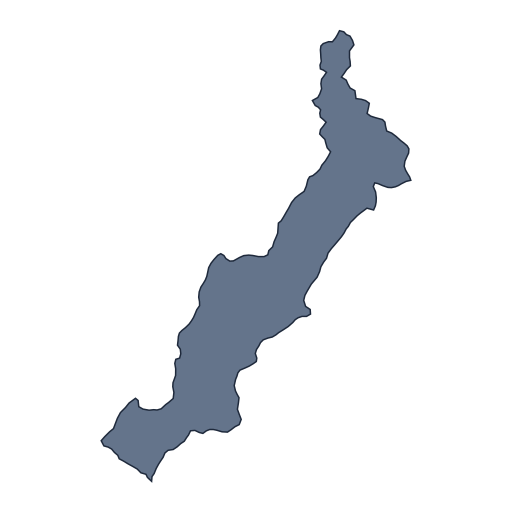 outline of Guaiçara, São Paulo, Brazil
{"feature_id": "56859067B44295895024526", "entity_name": "Guaiçara", "entity_type": "district", "adm_level": 2, "iso_a3": "BRA", "parent_name": "Brazil", "parent_adm1": "São Paulo", "projection": "mercator", "projection_center": [-49.76, -21.553], "detail": "fine", "context": "isolated", "style": "filled", "palette": "slate", "viewbox_px": 512, "rotation_deg": 0, "n_neighbors": 0, "source": "geoboundaries", "source_scale": "gbopen_adm2", "svg_char_len": 3548}
<svg xmlns="http://www.w3.org/2000/svg" viewBox="0 0 512 512"><path d="M339.5,30.7L337.4,34.8L335.5,38.0L332.4,41.8L328.6,41.7L323.2,43.6L320.9,46.0L320.4,49.9L320.7,54.0L320.9,57.8L321.3,61.4L320.0,65.1L320.4,68.9L323.5,70.2L326.5,72.3L324.2,75.7L321.6,79.2L320.9,83.7L321.6,88.8L319.8,93.9L317.8,97.5L312.4,100.5L315.2,105.5L318.3,107.2L320.6,109.8L319.8,113.2L320.4,117.1L323.0,119.3L326.1,122.2L323.4,126.0L320.5,129.6L319.7,134.0L322.3,136.8L324.9,139.4L325.7,142.7L327.2,147.8L330.6,151.8L328.2,156.4L325.4,160.9L321.9,165.1L320.0,169.1L316.6,172.6L312.9,175.6L309.6,176.8L307.9,179.7L306.3,186.2L304.1,191.4L299.2,194.8L295.2,198.0L291.6,202.5L288.6,208.3L286.4,212.0L283.6,216.9L281.2,220.8L278.4,223.1L277.7,233.2L276.1,237.2L274.1,241.7L272.6,246.9L268.8,250.6L267.8,254.8L264.1,256.6L258.4,256.6L252.8,255.5L248.7,255.1L243.8,255.6L239.5,257.5L236.3,259.3L233.4,260.9L229.8,261.1L225.9,258.6L223.9,255.5L220.8,253.7L217.8,255.3L213.9,259.6L211.0,263.3L208.7,267.6L207.7,272.3L206.8,276.4L205.3,280.1L203.2,283.6L200.9,287.1L199.2,291.9L198.7,297.2L199.5,301.7L199.6,305.7L196.8,309.7L194.9,314.3L193.5,317.5L191.5,320.8L189.1,324.1L185.5,327.6L181.9,330.5L179.4,333.1L178.4,336.4L178.0,341.1L177.5,345.2L180.3,349.2L180.8,353.8L179.6,358.1L175.8,359.3L174.8,363.4L175.7,368.8L175.6,375.5L174.4,378.9L173.0,382.8L172.8,386.7L173.9,392.5L173.2,398.5L168.7,402.4L165.7,404.6L161.2,408.8L157.1,410.0L153.7,409.7L149.1,410.2L143.0,409.1L138.8,406.7L138.1,400.5L135.5,398.3L129.1,403.0L125.5,407.5L120.5,412.5L117.4,418.3L115.3,423.8L113.5,428.6L109.6,431.8L104.8,436.6L101.2,440.7L103.9,445.9L108.2,447.1L111.7,449.1L114.4,452.4L117.8,455.3L119.2,458.8L123.2,460.9L127.8,463.7L132.9,466.5L137.2,469.0L140.9,472.8L146.0,474.3L147.5,477.5L151.6,481.3L152.0,476.6L154.1,473.6L156.2,468.5L158.6,464.1L160.6,461.0L163.1,457.3L164.9,453.0L168.1,450.3L173.2,449.5L177.2,446.8L180.7,443.6L184.3,441.2L186.5,437.7L188.5,435.0L190.5,430.8L194.9,430.4L199.3,432.5L202.9,433.4L206.4,430.8L209.7,429.5L213.3,429.5L216.7,430.2L222.0,431.8L227.5,432.1L231.1,429.7L235.0,426.7L239.2,424.6L241.2,419.4L239.3,414.5L237.4,409.3L238.4,403.0L239.0,397.7L237.2,394.5L235.5,391.0L234.2,385.6L235.6,379.4L236.9,376.2L237.9,372.8L240.0,370.1L245.0,368.0L249.2,366.1L253.2,363.7L256.3,361.5L256.8,358.1L255.3,353.5L256.5,349.5L258.8,346.0L260.5,342.6L263.3,339.8L267.8,338.1L272.3,337.0L276.0,334.8L278.7,332.6L282.9,330.0L288.1,326.6L292.8,322.5L295.2,319.7L298.0,317.8L302.0,316.4L306.5,316.4L310.5,314.1L310.2,309.5L305.6,306.4L303.7,300.4L304.9,295.4L307.2,291.1L309.2,287.7L311.3,284.1L314.0,280.9L317.1,277.2L319.6,271.6L320.9,266.7L323.7,262.0L326.5,258.3L328.0,253.2L331.3,248.7L335.1,244.3L338.4,240.4L341.4,236.8L344.1,232.9L346.2,228.9L348.3,226.4L350.4,222.5L353.1,219.9L357.2,215.7L360.6,212.9L363.6,210.7L366.9,208.2L373.6,210.0L375.4,205.8L376.1,202.1L376.3,197.8L375.6,192.0L373.3,186.6L374.7,182.9L378.0,183.6L382.9,185.7L387.9,187.4L391.5,187.6L395.4,186.8L398.5,185.5L401.3,183.8L406.1,181.4L410.8,180.3L409.6,176.9L407.7,173.9L405.6,170.2L404.2,166.3L404.9,161.2L407.0,156.5L408.6,153.1L408.9,148.9L407.2,145.9L404.0,143.1L400.7,140.6L396.2,136.5L391.7,133.1L386.7,131.0L385.5,126.0L384.9,122.1L382.5,119.6L375.2,117.6L370.6,116.1L367.1,113.5L368.5,107.5L369.3,103.3L365.6,100.6L361.4,99.3L356.0,98.6L354.9,90.7L350.1,88.0L347.8,83.9L346.2,80.1L341.4,77.1L344.0,73.6L346.6,69.7L350.4,65.9L350.1,61.4L349.5,57.7L349.5,50.9L353.9,44.9L352.5,40.5L350.0,36.1L346.4,34.6L343.8,31.8L339.5,30.7Z" fill="#64748b" stroke="#1e293b" stroke-width="1.5"/></svg>